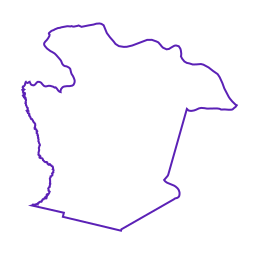 outline of Zárate, Buenos Aires, Argentina, rotated 3°
{"feature_id": "61730980B39719981669742", "entity_name": "Zárate", "entity_type": "district", "adm_level": 2, "iso_a3": "ARG", "parent_name": "Argentina", "parent_adm1": "Buenos Aires", "projection": "orthographic", "projection_center": [-59.227, -34.003], "detail": "fine", "context": "isolated", "style": "outline", "palette": "violet", "viewbox_px": 256, "rotation_deg": 3, "n_neighbors": 0, "source": "geoboundaries", "source_scale": "gbopen_adm2", "svg_char_len": 5503}
<svg xmlns="http://www.w3.org/2000/svg" viewBox="0 0 256 256"><g transform="rotate(3 128 128)"><path d="M36.0,210.4L68.4,216.0L67.6,220.1L126.4,230.9L126.7,229.5L177.7,196.7L178.3,196.1L179.0,195.8L181.1,195.1L182.2,194.1L182.6,193.5L182.9,192.1L182.9,190.5L182.8,189.6L182.5,188.7L181.7,186.9L180.5,185.5L178.6,184.0L177.0,183.1L169.9,180.6L168.3,179.6L167.5,178.9L166.8,178.0L169.6,174.4L170.3,173.4L170.7,172.2L185.8,105.8L186.2,106.1L186.7,106.8L187.8,107.4L189.3,107.6L190.5,107.6L193.1,107.0L195.0,106.2L197.8,104.7L200.1,104.1L203.4,104.2L205.9,104.5L215.8,103.8L218.2,104.0L218.9,104.2L219.6,104.6L220.3,104.7L223.4,104.4L227.5,104.5L230.3,104.3L230.8,104.2L231.6,103.8L233.3,102.1L234.0,101.6L234.4,101.2L235.4,99.6L234.1,99.0L230.7,96.0L228.2,93.3L227.0,91.7L222.1,83.4L219.9,78.2L216.9,72.5L214.7,69.5L210.0,66.6L205.3,63.3L200.0,60.8L197.5,60.3L193.0,60.9L189.4,61.2L185.9,60.3L183.3,59.9L180.8,58.6L178.4,55.9L177.1,53.6L177.3,52.7L177.3,50.9L176.7,47.7L176.1,46.0L174.4,43.7L171.8,43.1L170.7,43.2L169.5,43.7L166.6,45.6L164.8,46.9L162.4,47.4L158.8,46.0L157.1,44.5L156.8,44.0L153.8,40.9L151.9,40.1L147.2,38.7L142.5,39.0L127.9,45.4L122.4,47.0L119.3,47.2L114.6,46.7L111.1,44.7L109.1,42.3L105.3,38.4L101.9,34.3L98.3,26.7L96.0,25.4L94.1,25.1L90.9,25.5L88.2,26.5L83.3,27.6L76.3,29.4L73.3,28.2L72.1,28.7L68.6,29.6L67.7,29.6L66.3,29.2L65.1,29.6L62.6,29.5L61.7,29.6L55.9,31.0L55.2,31.4L52.7,31.9L49.4,33.5L48.7,34.1L47.3,34.6L46.3,35.2L44.2,37.2L44.0,37.8L44.2,38.3L44.8,38.9L44.7,40.2L43.5,42.6L42.3,44.4L40.8,46.1L40.0,47.4L39.8,48.4L40.0,49.4L40.7,50.5L43.0,52.9L43.9,53.5L46.6,55.3L48.2,56.0L50.8,57.4L52.5,58.9L55.8,62.3L56.9,63.5L57.6,64.4L58.1,65.4L59.0,67.4L60.4,68.9L61.8,69.5L63.1,69.6L64.3,70.0L65.9,70.8L66.4,71.2L67.2,72.0L68.3,75.7L68.9,77.1L70.3,79.0L71.4,81.1L72.2,83.1L72.3,84.2L72.2,85.5L71.6,87.1L71.2,87.8L70.1,88.6L67.7,89.2L64.8,89.4L62.1,89.9L61.0,90.4L60.3,91.0L59.1,92.7L58.8,94.0L58.7,95.1L58.8,95.6L57.9,95.4L57.2,95.0L56.3,94.2L54.9,92.4L53.6,91.2L53.3,91.2L52.8,91.5L52.6,91.5L51.2,90.7L48.2,90.0L46.6,90.0L43.8,90.8L42.5,90.6L41.7,90.2L40.1,88.7L39.0,87.4L37.8,86.8L36.9,86.6L35.6,86.6L35.0,86.9L34.0,88.0L33.1,89.3L31.7,90.3L31.2,90.3L30.1,90.2L29.1,89.8L28.6,89.3L27.7,87.7L27.4,87.5L27.3,87.0L27.0,87.1L25.8,88.1L25.3,88.3L24.9,88.2L24.3,88.0L23.9,88.0L23.7,87.9L23.8,87.6L23.6,87.3L23.4,87.5L23.0,88.9L22.9,89.3L23.0,89.8L22.7,90.5L21.9,91.7L21.6,91.9L21.1,91.9L20.8,92.3L20.7,93.1L21.3,93.9L21.2,94.5L22.2,95.0L21.6,95.4L20.6,95.6L20.7,95.8L21.2,95.9L21.6,96.2L21.4,96.8L21.2,97.4L21.2,97.6L21.7,98.2L22.3,98.3L22.0,98.7L21.9,99.0L22.1,99.1L22.9,98.8L23.2,98.8L23.4,99.3L23.3,99.7L22.7,99.4L22.4,99.6L22.8,99.8L22.9,100.1L22.9,100.4L22.4,100.7L22.5,100.9L22.7,101.0L22.8,101.2L22.7,101.4L22.3,101.4L21.7,101.2L21.5,101.3L21.8,101.7L22.9,101.6L23.0,102.0L22.5,102.5L22.5,102.8L23.1,102.9L23.6,102.7L24.1,103.2L24.1,103.4L23.5,103.7L23.5,104.0L23.7,104.3L24.4,104.4L24.7,105.3L24.7,106.0L24.5,106.5L24.4,107.1L24.6,107.5L24.7,107.8L24.3,108.4L24.7,108.6L24.7,109.3L24.9,109.8L24.9,110.5L25.3,110.8L25.5,111.4L26.0,112.6L26.3,112.9L26.8,113.2L26.9,113.5L26.6,114.6L27.5,115.7L27.6,116.1L27.0,116.1L26.1,116.3L26.8,117.2L27.3,118.4L28.3,118.6L28.4,119.1L28.8,119.3L28.8,119.7L28.6,120.2L28.6,120.8L28.9,121.1L29.2,121.1L29.4,121.3L29.5,121.7L30.0,122.3L30.0,122.8L30.4,123.2L30.7,124.0L30.9,124.2L31.6,124.1L31.9,124.4L32.2,125.0L32.8,125.7L32.9,126.3L33.5,127.1L34.2,127.5L34.3,128.0L35.1,128.8L35.2,129.7L35.3,130.2L35.1,130.5L35.1,131.4L35.0,131.7L35.2,132.1L35.3,132.5L35.2,132.7L34.7,132.9L34.9,133.8L36.5,134.2L36.6,134.4L36.6,134.7L36.9,135.6L37.5,135.8L37.6,136.0L37.5,136.3L37.2,136.4L37.0,136.6L37.2,137.2L37.0,137.8L37.9,138.7L38.1,139.3L38.0,139.9L38.5,140.2L38.5,141.6L38.5,141.8L38.9,142.2L38.9,142.4L38.8,143.2L39.3,143.9L39.2,146.0L39.7,146.6L39.9,147.6L40.7,148.9L40.9,149.5L40.9,150.0L40.5,150.4L40.4,150.7L40.3,151.7L40.0,152.4L40.1,153.3L40.4,154.1L40.4,155.3L40.1,155.9L40.2,156.3L40.1,156.8L39.9,157.3L40.1,158.3L39.9,159.3L40.0,159.5L40.5,159.9L41.1,159.9L41.5,160.6L41.8,160.6L42.0,160.8L41.7,161.3L41.1,161.8L41.3,162.3L42.1,162.6L43.6,162.7L44.1,162.9L44.4,163.4L44.7,163.8L44.8,164.6L45.7,165.2L46.0,165.7L47.1,166.4L47.5,166.4L47.9,166.2L48.6,166.2L49.2,166.6L49.3,166.9L49.3,167.7L49.6,167.9L50.5,168.8L50.9,168.9L51.0,168.7L51.1,168.2L51.8,168.1L52.7,169.2L53.5,169.4L53.8,170.1L54.8,170.4L55.0,171.0L55.2,171.5L55.2,171.9L55.4,172.6L55.4,172.8L55.1,173.1L55.6,173.4L55.7,173.8L55.9,174.1L55.5,175.9L55.7,176.3L55.2,176.7L55.0,177.1L54.6,177.2L54.5,177.4L55.0,178.1L54.9,179.3L54.3,179.6L53.6,180.3L53.2,180.4L53.2,180.7L53.3,181.0L53.3,181.4L52.8,182.0L52.6,182.4L52.6,182.9L53.0,184.0L52.9,184.7L53.1,185.8L52.9,187.4L52.9,187.5L53.3,187.6L53.3,188.0L53.1,188.1L53.1,189.0L52.8,189.8L53.0,190.8L52.9,191.0L52.2,191.3L51.5,192.6L51.9,193.4L51.8,194.2L51.9,194.7L52.2,194.8L52.3,195.1L53.1,195.6L52.6,197.2L52.2,197.7L51.9,198.5L51.7,198.7L51.6,198.3L51.1,198.2L50.6,198.4L50.5,198.6L51.0,198.9L51.1,199.3L50.9,199.4L50.4,199.3L50.2,199.4L50.2,199.7L50.6,200.3L50.6,200.7L49.9,200.9L49.7,201.0L50.2,201.4L50.2,202.5L49.7,202.7L49.2,202.5L49.0,202.2L48.5,202.1L48.2,202.4L47.6,203.5L46.8,203.5L46.5,203.8L46.5,204.1L46.4,204.4L45.8,204.9L45.6,205.3L45.7,205.8L45.5,206.1L45.0,206.3L44.7,206.2L44.2,206.2L43.3,206.6L42.8,207.5L42.1,207.7L41.7,208.1L41.5,208.4L41.7,208.9L40.3,208.8L39.9,209.2L39.8,209.5L39.1,209.4L37.5,209.5L37.1,209.4L36.9,209.6L36.9,209.9L36.8,210.1L36.0,210.4Z" fill="none" stroke="#5b21b6" stroke-width="2"/></g></svg>